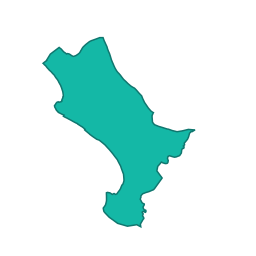 Kota Bengkulu, Bengkulu, Indonesia (Robinson projection), rotated 342°
{"feature_id": "22746128B322693337562", "entity_name": "Kota Bengkulu", "entity_type": "district", "adm_level": 2, "iso_a3": "IDN", "parent_name": "Indonesia", "parent_adm1": "Bengkulu", "projection": "robinson", "projection_center": [102.302, -3.836], "detail": "fine", "context": "isolated", "style": "filled", "palette": "teal", "viewbox_px": 256, "rotation_deg": 342, "n_neighbors": 0, "source": "geoboundaries", "source_scale": "gbopen_adm2", "svg_char_len": 5096}
<svg xmlns="http://www.w3.org/2000/svg" viewBox="0 0 256 256"><g transform="rotate(342 128 128)"><path d="M67.3,40.2L67.4,40.3L68.0,41.9L68.7,43.0L69.0,43.6L69.7,45.6L70.6,47.6L71.0,48.6L72.2,50.6L72.8,52.0L73.2,53.0L74.0,54.4L74.1,54.7L74.4,55.7L74.6,56.5L74.8,57.4L75.4,59.1L75.7,59.8L75.8,60.2L76.0,60.7L76.1,61.5L76.3,62.2L76.3,62.8L76.4,63.4L76.6,64.3L76.7,65.0L76.8,65.3L76.9,65.9L77.0,66.3L77.1,66.6L77.1,67.4L77.1,68.0L77.2,68.6L77.2,69.2L77.2,69.7L77.2,70.5L77.2,70.9L77.2,71.1L77.2,71.6L77.2,72.5L77.2,73.0L77.1,73.9L77.0,74.6L76.9,75.1L76.8,75.7L76.7,76.2L76.6,76.7L76.4,77.4L76.3,77.8L76.2,78.1L75.8,78.1L75.4,78.9L75.3,79.2L75.2,79.3L74.5,80.0L73.6,81.1L73.6,81.8L73.4,81.8L72.7,82.1L72.3,82.4L71.9,82.3L71.2,82.2L70.8,82.2L70.5,82.3L70.4,82.3L70.2,82.1L70.1,81.8L69.9,81.9L69.7,81.8L69.6,81.7L69.1,81.5L68.6,81.5L67.9,81.9L67.3,82.2L66.4,82.8L66.4,82.7L66.4,82.8L66.4,83.1L65.9,83.4L65.8,83.5L65.7,83.5L65.4,83.7L65.1,83.9L64.9,84.2L65.0,84.4L64.9,84.8L64.8,85.4L65.2,87.3L65.3,87.7L65.2,87.7L65.4,88.9L65.4,89.0L65.9,90.0L66.2,90.8L66.3,91.0L66.4,90.9L66.7,91.6L67.2,92.3L67.3,92.3L67.9,92.9L68.2,93.2L69.2,94.2L70.0,95.0L70.6,95.5L70.9,95.9L71.1,95.9L71.2,96.0L70.2,96.9L71.3,98.1L73.2,99.9L74.3,101.1L75.6,102.4L75.8,102.6L76.8,103.7L77.1,104.0L77.7,104.7L80.0,107.1L80.7,107.7L81.1,108.0L81.7,108.9L81.8,108.9L81.6,109.0L83.7,111.5L83.8,111.7L84.2,112.1L84.8,112.8L84.9,113.0L85.0,113.0L86.8,116.0L86.2,116.4L86.7,117.3L89.6,121.9L89.6,122.1L91.1,124.2L91.2,124.4L93.1,126.9L94.5,128.7L94.6,128.9L96.9,130.7L98.3,132.8L99.7,135.0L101.1,137.3L101.6,138.5L102.5,140.5L103.5,142.6L104.6,145.3L105.5,147.6L106.6,150.8L107.1,152.2L108.1,154.9L108.2,156.0L108.6,158.5L109.2,161.9L109.2,164.0L109.3,166.8L109.4,169.4L109.5,170.2L109.1,172.1L108.6,174.3L108.0,176.6L107.0,178.2L106.0,179.6L104.5,180.5L103.2,182.0L102.2,183.3L100.7,184.6L99.6,185.3L97.1,187.2L95.6,187.3L94.5,186.0L93.5,186.1L92.5,186.3L90.9,184.2L90.1,183.7L88.6,182.9L87.5,182.9L87.1,184.0L86.6,185.8L86.0,187.7L85.6,189.0L85.0,190.7L83.7,192.9L82.8,194.2L81.3,195.4L79.7,196.5L79.4,198.5L79.3,200.0L80.0,201.8L82.5,207.0L88.7,215.5L97.1,221.2L106.5,222.7L109.6,225.9L110.1,223.2L114.3,219.4L114.7,219.3L114.8,219.2L115.0,219.0L115.1,218.9L115.2,218.7L115.2,218.3L115.2,218.1L115.2,217.7L115.1,217.4L114.7,216.4L114.7,216.2L114.8,215.8L115.0,215.5L115.4,215.2L115.6,214.8L115.7,214.6L115.8,214.3L115.9,214.1L115.8,213.9L115.8,213.7L115.5,213.2L115.5,212.9L115.4,212.7L115.5,212.5L115.6,212.4L115.8,212.2L116.0,212.2L116.5,212.1L116.8,212.1L117.0,212.1L117.4,212.2L117.5,212.4L117.6,212.5L117.9,213.0L118.0,213.2L118.2,213.4L118.3,213.5L118.5,213.6L118.8,213.4L119.1,213.2L119.4,212.6L119.4,212.1L119.5,211.8L119.4,211.6L119.2,211.4L118.7,211.3L118.4,211.1L118.2,210.8L118.1,210.5L117.8,209.4L117.8,209.2L117.8,208.5L117.8,208.2L118.0,207.8L118.1,207.6L118.3,207.4L118.5,207.2L119.1,206.7L119.3,206.5L119.5,206.3L119.7,206.0L119.8,205.8L119.9,205.7L119.9,205.4L119.9,205.1L119.6,204.9L119.4,204.7L119.2,204.6L118.9,204.3L118.8,204.1L118.6,203.9L118.5,203.7L118.3,203.4L118.2,203.1L118.2,202.9L117.9,201.2L117.7,200.0L117.7,199.8L117.6,199.6L117.7,199.4L118.2,198.7L118.3,198.5L118.6,198.2L118.9,197.8L118.9,197.7L119.1,197.2L119.2,196.9L119.4,196.4L121.6,195.1L125.0,194.9L128.2,195.0L132.5,194.6L133.2,194.6L134.6,193.8L136.2,192.6L144.9,186.2L145.0,186.1L142.2,177.7L144.3,173.9L144.4,173.7L147.1,172.1L149.2,170.7L149.4,170.8L150.1,171.7L151.5,172.7L151.9,173.0L152.6,173.4L153.3,173.6L154.2,173.7L154.6,173.6L155.2,173.2L156.2,171.5L156.1,169.3L157.2,167.4L158.9,167.2L161.1,168.8L163.1,170.1L164.8,170.4L168.6,170.2L171.0,168.3L172.4,165.3L173.6,164.3L174.6,164.6L175.5,163.4L175.1,162.2L176.6,161.5L176.8,159.8L177.5,159.4L178.5,158.8L181.1,157.1L182.0,156.1L182.8,155.2L183.3,154.5L184.9,152.0L186.8,151.1L186.9,150.9L187.9,151.3L191.2,150.5L190.4,150.3L185.0,148.0L182.4,147.8L178.6,147.5L176.1,147.1L173.5,146.7L169.3,144.1L166.6,142.0L165.9,141.5L165.0,141.1L161.8,138.8L160.4,137.8L157.6,135.9L154.2,133.0L153.1,130.1L154.2,125.4L154.7,123.7L156.7,121.4L156.9,121.2L156.5,120.9L155.1,119.0L153.5,115.3L152.7,112.5L151.7,109.1L151.6,108.8L151.3,106.2L151.1,105.0L150.9,101.6L149.2,98.1L147.7,94.5L146.7,92.5L146.5,92.1L145.4,91.0L144.6,90.1L143.5,88.7L141.6,85.6L140.4,83.2L138.8,80.4L138.3,79.0L137.8,77.6L137.3,76.1L137.2,75.7L136.1,73.1L135.7,72.4L135.0,70.7L134.2,67.3L133.8,64.0L133.7,62.4L133.5,60.8L133.3,57.9L133.4,54.3L133.4,51.4L133.1,48.9L133.0,46.1L133.1,44.2L132.7,41.0L132.5,39.1L132.3,37.8L132.2,34.3L129.1,33.3L125.1,33.5L124.9,33.5L121.8,33.6L121.7,33.6L121.4,33.6L120.8,33.6L119.4,33.7L118.2,33.9L117.5,34.1L117.0,34.3L115.1,35.0L113.5,35.6L111.0,36.8L110.2,37.2L109.4,37.8L108.7,38.4L107.9,39.2L107.1,39.8L106.3,40.6L106.2,40.7L105.6,41.2L104.8,41.8L103.6,42.2L102.9,42.5L102.3,42.6L101.1,43.0L100.2,43.0L99.5,43.1L98.8,43.1L98.7,43.1L97.9,42.9L97.3,42.3L96.5,41.4L95.8,40.4L94.8,39.3L93.4,38.5L92.4,38.6L91.9,37.7L90.3,35.6L88.9,32.3L87.5,30.3L87.4,30.1L86.8,30.3L77.0,33.7L71.6,38.3L71.1,38.7L71.2,38.8L68.8,39.6L67.3,40.2Z" fill="#14b8a6" stroke="#0f766e" stroke-width="1.5"/></g></svg>